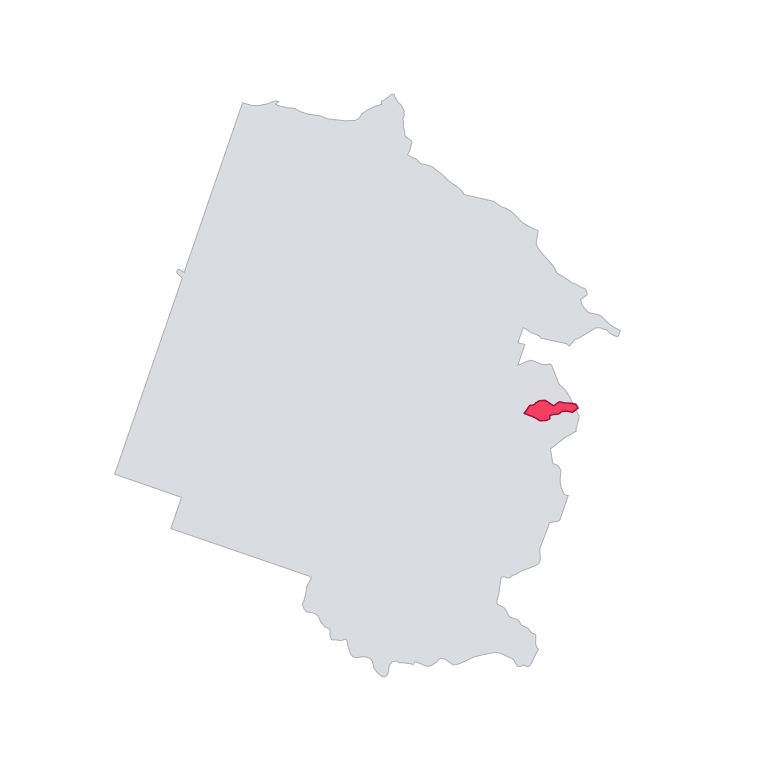 Ghadeer, South Kordufan, Sudan shown in context, rotated 289°
{"feature_id": "16777658B14153516268915", "entity_name": "Ghadeer", "entity_type": "district", "adm_level": 2, "iso_a3": "SDN", "parent_name": "Sudan", "parent_adm1": "South Kordufan", "projection": "mercator", "projection_center": [31.133, 10.64], "detail": "fine", "context": "in_parent", "style": "filled", "palette": "rose", "viewbox_px": 768, "rotation_deg": 289, "n_neighbors": 0, "source": "geoboundaries", "source_scale": "gbopen_adm2", "svg_char_len": 6017}
<svg xmlns="http://www.w3.org/2000/svg" viewBox="0 0 768 768"><g transform="rotate(289 384 384)"><path d="M511.6,590.0L505.4,590.0L504.7,588.5L504.8,584.5L505.5,581.4L507.8,576.6L507.2,573.9L507.6,570.1L505.9,565.9L491.1,553.5L488.2,550.0L480.2,546.9L481.6,543.4L478.4,517.9L480.0,515.0L480.4,510.5L480.4,506.6L482.3,500.1L482.5,497.3L466.8,497.1L466.6,499.9L467.3,503.1L467.2,504.3L445.3,504.4L454.1,514.4L454.5,518.8L454.0,524.2L454.1,527.8L454.6,530.0L457.0,534.5L456.8,535.3L456.3,536.4L440.7,549.7L438.1,555.9L436.0,559.1L431.5,564.5L417.3,578.7L415.0,579.6L404.1,580.1L403.1,580.5L402.2,581.1L401.8,581.0L392.5,572.7L376.9,562.6L366.6,567.9L363.8,569.8L363.7,574.6L362.2,577.0L359.4,579.7L351.8,581.4L347.8,582.9L343.1,585.6L338.5,590.1L338.1,592.4L338.6,594.5L312.4,594.5L310.6,592.8L306.8,585.3L304.1,585.8L280.1,584.9L276.7,585.7L269.9,588.7L266.4,589.2L262.9,587.8L250.3,573.1L247.5,571.3L244.7,567.8L242.0,566.3L241.1,565.1L240.8,563.6L240.9,560.3L240.0,558.3L238.0,557.8L221.0,561.3L218.6,560.9L215.0,561.5L213.8,562.1L212.4,564.0L212.1,568.1L211.7,570.1L210.4,572.3L205.6,577.3L204.5,579.5L204.7,585.0L204.4,587.8L203.7,589.1L201.6,591.2L200.8,592.4L200.0,599.5L197.3,603.7L196.7,605.2L196.6,608.3L196.1,609.2L188.5,611.7L185.6,613.2L183.9,615.6L183.4,616.6L180.2,615.8L176.0,615.2L168.0,614.4L164.8,613.3L163.3,611.6L163.8,607.4L163.0,606.4L161.7,605.7L160.8,603.8L161.0,601.6L165.2,596.7L166.1,594.1L167.2,581.7L166.9,577.9L163.5,570.9L155.8,558.9L154.0,556.6L144.3,546.7L143.2,545.2L140.9,541.0L143.5,531.9L143.6,529.3L143.0,526.7L140.5,524.8L138.4,524.5L135.5,522.1L133.7,521.0L132.0,518.8L130.9,515.8L131.7,505.0L131.1,503.5L128.7,503.1L128.1,502.3L128.2,500.3L126.9,494.1L125.4,489.0L126.2,486.1L124.1,482.3L120.2,480.6L112.5,481.9L110.1,481.7L108.5,481.0L107.3,479.6L106.7,477.9L107.3,475.4L109.4,470.7L112.2,466.9L117.7,463.5L119.2,461.6L120.0,459.6L120.2,457.2L119.8,454.8L119.2,452.5L117.5,449.5L116.0,446.0L116.0,443.6L116.7,441.9L118.2,439.8L123.7,435.8L129.3,432.5L130.3,431.3L129.9,429.9L127.3,427.1L126.5,421.8L125.1,418.0L127.9,415.2L130.1,414.2L133.4,413.3L134.7,412.2L135.0,409.9L134.9,407.7L136.1,406.1L137.7,402.7L139.0,401.1L143.3,397.1L144.2,394.5L144.5,392.0L143.3,384.4L145.8,381.2L149.0,378.6L153.6,378.8L160.7,378.2L165.5,377.1L168.9,377.1L176.8,378.6L177.6,377.9L178.0,375.9L177.9,229.5L210.5,229.5L210.9,229.3L211.0,158.7L416.8,158.8L418.5,158.5L421.7,151.9L423.1,151.4L425.2,151.8L425.9,153.3L424.2,158.7L603.9,158.7L604.2,166.8L605.7,173.3L610.8,182.5L615.1,187.5L616.7,190.3L616.8,191.5L616.6,192.7L615.3,191.4L613.1,190.4L612.8,194.7L613.8,203.6L615.6,209.8L614.3,215.5L614.5,225.1L616.8,236.7L616.3,244.1L620.1,261.2L623.7,270.7L625.7,273.1L627.9,274.3L632.2,275.1L638.6,279.9L643.6,285.0L645.4,287.7L647.8,290.6L649.5,290.1L650.5,289.3L652.2,291.7L660.1,296.7L661.3,299.1L658.4,301.4L655.1,305.4L653.5,309.1L652.6,310.3L650.0,312.6L649.5,313.7L648.4,314.4L647.2,314.4L644.4,315.7L642.0,315.3L639.5,316.0L638.6,316.9L636.6,317.7L634.0,318.1L629.8,321.2L626.2,322.7L625.0,324.0L623.1,330.2L621.7,331.8L616.3,332.0L613.7,332.5L610.1,331.8L608.4,331.9L608.0,333.2L607.3,338.5L607.4,340.8L604.4,346.9L605.3,358.2L602.4,366.7L601.9,368.6L599.0,375.3L597.5,377.8L593.8,390.3L592.3,394.1L589.2,398.2L592.4,428.0L589.7,437.2L589.8,442.2L588.0,449.5L586.5,452.9L584.1,457.0L582.1,461.6L580.4,467.6L579.2,479.0L578.6,480.1L569.1,481.5L566.2,482.3L564.2,483.5L561.7,486.5L556.9,494.5L554.3,499.4L550.4,506.1L545.7,510.8L544.8,513.1L544.0,517.4L542.3,524.2L540.7,529.0L541.0,532.9L539.5,539.6L539.8,542.9L538.1,544.7L536.0,546.4L534.5,546.9L527.9,542.4L523.2,545.5L520.3,549.8L518.1,554.2L519.4,563.5L519.3,565.5L518.6,567.8L514.2,576.9L513.0,581.0L511.6,588.3L511.6,590.0Z" fill="#d9dde1" stroke="#a8b0b8" stroke-width="1"/><path d="M401.8,525.4L401.8,529.7L401.6,530.1L401.6,530.9L401.6,536.0L401.4,536.2L401.4,536.8L401.3,537.9L401.2,538.4L401.1,539.1L400.9,539.5L400.8,540.1L400.7,540.8L400.5,541.3L400.2,541.8L400.2,542.4L400.0,542.7L400.0,543.1L400.1,543.4L400.2,543.7L400.2,543.8L400.4,544.5L400.5,544.9L400.7,545.4L401.0,546.1L401.2,546.3L401.4,546.9L401.6,547.5L401.9,548.2L402.5,549.4L402.5,549.5L403.1,550.1L403.5,550.5L404.0,551.0L404.2,551.4L404.4,551.6L404.6,551.8L404.8,552.0L405.0,552.1L405.3,552.1L405.6,551.9L406.2,551.7L406.6,551.5L406.9,551.4L407.2,551.3L407.6,551.3L408.0,551.3L408.4,551.3L408.7,551.6L408.9,551.9L409.4,552.8L410.0,553.7L410.5,554.4L410.8,555.0L410.8,555.4L411.3,556.5L411.6,557.1L411.8,557.7L412.4,558.6L413.0,559.4L413.3,559.8L413.8,559.9L414.1,560.0L414.6,560.0L414.9,560.2L415.3,560.6L415.7,561.1L416.4,562.3L417.2,564.0L417.3,564.4L417.4,564.9L417.7,565.2L417.8,565.9L418.1,566.4L418.0,567.1L418.2,567.6L418.2,568.7L418.4,569.1L418.4,570.4L418.6,570.7L418.5,571.3L418.7,571.5L419.1,571.8L419.7,572.1L420.0,572.5L420.3,572.6L420.7,572.8L423.3,574.6L424.5,575.4L424.9,574.9L425.7,574.0L426.6,572.8L426.6,572.7L427.0,572.2L427.5,571.9L427.3,571.1L427.2,570.5L427.3,570.1L426.8,569.8L426.9,568.3L426.8,567.6L426.6,566.6L426.3,566.1L426.2,565.5L426.0,564.8L425.8,563.9L425.7,563.4L425.4,563.0L425.3,562.8L425.2,562.3L425.2,562.1L425.1,561.9L425.1,561.7L425.1,561.4L425.0,560.8L424.9,559.7L424.7,559.2L424.7,558.1L424.6,557.0L424.4,556.0L424.0,555.5L423.7,555.1L423.2,554.7L422.6,554.3L421.7,553.6L421.1,553.2L420.4,552.7L420.0,552.4L419.5,552.3L419.2,552.0L419.0,551.6L418.8,551.1L418.6,550.6L419.0,550.0L419.1,549.1L419.5,547.8L419.5,547.7L419.8,546.8L419.9,546.5L420.0,546.3L420.0,546.1L420.1,545.7L420.2,545.4L420.5,544.4L420.7,543.4L420.7,542.6L420.9,542.3L421.0,541.6L420.6,541.0L419.8,538.7L419.4,537.8L418.9,536.8L418.6,536.1L417.9,535.6L417.3,535.1L416.6,534.7L416.1,534.1L415.7,533.6L415.3,533.4L414.7,533.3L414.1,533.2L413.3,532.5L412.8,532.2L412.5,531.8L412.2,530.9L411.9,530.1L411.7,529.6L411.4,529.1L411.0,528.9L410.5,528.6L409.9,528.4L408.9,528.1L408.0,527.9L407.1,527.7L406.0,527.3L405.0,527.1L404.3,526.8L403.5,526.6L403.0,526.5L402.3,526.2L401.9,525.8L401.8,525.4Z" fill="#f43f5e" stroke="#9f1239" stroke-width="1.5"/></g></svg>